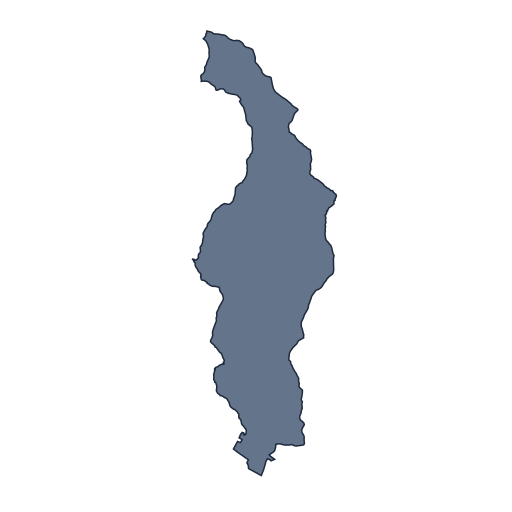 Brancovenesti, Mures, Romania (Albers equal-area conic projection), rotated 277°
{"feature_id": "2599482B13448214050806", "entity_name": "Brancovenesti", "entity_type": "district", "adm_level": 2, "iso_a3": "ROU", "parent_name": "Romania", "parent_adm1": "Mures", "projection": "albers", "projection_center": [24.873, 46.864], "detail": "fine", "context": "isolated", "style": "filled", "palette": "slate", "viewbox_px": 512, "rotation_deg": 277, "n_neighbors": 0, "source": "geoboundaries", "source_scale": "gbopen_adm2", "svg_char_len": 6094}
<svg xmlns="http://www.w3.org/2000/svg" viewBox="0 0 512 512"><g transform="rotate(277 256 256)"><path d="M244.4,331.0L247.6,334.3L249.2,334.7L251.7,334.8L262.5,333.2L264.0,333.2L265.7,333.5L268.1,332.0L273.5,330.1L275.8,328.8L277.0,327.2L278.8,325.6L279.8,324.2L281.0,323.3L282.4,322.8L286.6,321.7L289.4,321.8L291.4,321.3L293.7,321.5L295.5,320.7L297.6,321.3L300.1,320.6L302.1,320.8L303.1,320.2L304.0,320.1L304.7,319.5L306.2,320.6L307.1,320.8L309.0,320.7L309.3,321.5L309.5,321.5L309.5,321.1L309.9,321.1L311.2,322.0L312.6,322.4L315.0,325.2L315.7,325.5L316.8,326.9L320.3,326.8L320.6,326.9L320.6,327.5L320.8,327.7L322.4,327.6L324.6,328.4L326.1,328.3L326.9,327.8L327.4,326.8L328.8,325.1L330.0,324.3L330.3,323.5L329.9,322.5L331.7,320.0L331.9,319.4L332.0,318.5L332.9,317.4L333.8,315.3L335.2,314.3L336.0,313.3L339.1,308.1L339.8,306.1L340.2,304.2L341.0,303.8L341.6,303.1L342.9,300.8L343.9,299.7L344.8,299.3L345.5,299.2L348.7,299.7L354.5,298.7L356.5,299.3L358.8,299.4L363.4,298.0L364.2,297.6L366.7,297.5L367.9,297.0L368.1,296.7L368.9,294.4L369.6,293.1L370.1,292.7L371.6,289.7L372.9,288.5L374.6,285.1L376.7,282.4L378.7,280.7L380.2,279.8L380.8,278.7L381.2,277.4L381.7,276.3L382.8,275.1L383.0,273.9L386.7,273.0L388.1,272.4L390.8,272.5L391.7,272.8L393.6,274.5L395.0,275.3L401.5,276.7L403.3,277.7L405.5,279.6L406.3,279.8L406.8,279.5L407.7,278.0L408.8,275.3L410.4,272.9L411.3,272.2L415.0,266.6L417.1,262.0L421.2,255.2L423.4,253.4L425.2,252.5L428.2,251.3L434.8,249.2L435.3,248.6L435.9,243.6L437.8,240.7L438.9,239.6L440.5,239.2L442.1,238.1L446.0,234.4L447.9,232.1L448.8,231.4L452.5,231.2L454.3,230.5L460.2,227.7L460.7,227.0L461.8,223.8L461.9,221.8L462.2,220.6L462.9,219.0L463.9,218.0L464.9,217.5L466.5,215.6L467.7,212.9L467.6,210.0L467.1,208.5L467.0,207.3L468.2,202.8L470.6,199.7L471.1,198.6L471.4,197.3L471.4,194.8L471.7,192.1L471.4,187.6L471.6,186.5L472.4,185.3L472.9,183.7L473.3,179.8L471.6,179.8L471.2,179.8L470.9,179.4L468.1,179.2L465.2,177.2L464.2,178.9L463.0,180.4L460.0,182.4L455.3,184.4L452.1,184.6L448.4,185.3L447.0,185.1L442.3,183.7L440.1,183.5L437.1,182.1L434.8,182.5L432.6,182.4L430.8,181.5L429.2,179.8L428.2,179.3L426.5,179.5L424.1,180.3L422.6,180.4L423.2,182.3L423.4,185.8L423.3,187.1L422.5,188.8L421.4,190.1L419.3,194.2L418.3,195.1L416.0,196.0L415.8,196.4L415.8,197.4L417.1,199.5L417.6,200.6L417.8,201.8L417.7,203.2L417.1,204.4L415.2,205.8L414.8,206.4L414.1,209.0L413.8,212.1L413.6,216.7L413.3,217.7L410.8,220.9L409.1,222.0L407.7,220.8L407.4,220.8L404.5,223.1L402.4,225.3L400.8,226.1L395.3,228.4L389.2,229.9L386.5,231.8L386.1,231.9L385.4,232.8L383.9,235.4L383.2,236.2L379.3,237.2L373.8,237.7L371.9,237.4L370.0,238.0L361.1,239.7L357.8,239.3L355.8,237.9L354.1,237.8L351.0,235.6L350.2,235.2L347.2,235.4L344.2,236.5L342.1,236.4L340.1,236.9L334.9,236.7L331.1,235.4L329.0,234.0L327.2,233.3L326.4,231.7L325.4,230.4L323.7,229.2L323.4,228.6L321.2,227.4L314.5,227.7L310.3,226.8L307.7,226.5L304.8,224.2L304.2,223.2L303.9,222.1L304.2,218.7L304.1,218.2L302.6,215.9L301.8,215.0L299.8,213.4L297.1,210.4L295.4,209.7L294.0,208.5L290.9,207.4L286.7,206.9L284.6,205.9L282.7,204.4L280.9,203.9L279.2,204.0L276.4,202.3L272.5,200.8L270.8,200.9L269.9,201.4L268.7,201.5L264.7,201.2L262.9,201.3L260.2,200.7L258.6,199.7L257.6,199.5L253.6,200.4L252.6,200.1L250.8,198.8L248.5,198.7L247.9,198.9L247.4,199.3L244.4,196.8L244.4,196.5L245.2,194.7L245.2,193.5L244.9,193.4L243.9,194.8L242.8,195.0L241.8,196.3L239.3,196.8L237.8,197.6L236.0,199.2L233.8,200.6L231.3,203.6L230.2,203.5L229.5,203.8L228.9,203.5L225.9,204.6L225.5,205.4L225.4,208.1L224.8,208.4L223.8,210.8L222.9,210.8L222.2,212.7L221.6,213.3L220.9,215.3L220.6,217.1L220.9,219.1L220.6,221.6L220.5,223.1L220.1,223.5L218.6,223.8L216.5,224.7L214.1,227.0L212.2,228.1L210.2,228.7L208.2,228.7L200.6,225.5L198.9,225.2L195.0,223.8L191.6,224.5L189.7,224.0L186.9,224.6L178.7,222.6L175.2,222.1L171.6,222.7L169.0,222.1L166.9,221.3L165.9,221.2L164.8,221.8L161.9,226.0L160.7,226.4L160.4,227.7L156.2,231.5L155.7,232.3L155.6,232.9L153.4,234.5L152.1,235.0L148.4,237.3L147.2,237.1L146.6,236.6L145.9,236.8L145.3,237.5L144.7,237.0L144.8,235.8L144.4,235.6L144.2,234.8L143.7,234.4L143.2,233.2L142.6,232.5L141.5,231.7L140.5,229.6L139.2,228.7L138.5,228.7L138.8,229.3L133.1,228.4L131.2,228.9L128.6,229.0L127.7,229.4L126.9,230.3L125.7,230.3L125.2,231.6L122.9,232.6L121.1,233.1L118.0,233.0L116.8,233.4L115.0,234.8L113.9,236.8L113.1,237.4L113.1,238.6L112.8,239.9L111.7,241.9L111.2,243.6L110.2,245.0L107.3,247.1L104.0,248.5L103.2,249.2L101.5,251.8L101.0,253.7L99.2,256.2L97.6,257.4L96.9,258.2L93.6,258.6L92.6,259.3L92.2,260.2L91.6,260.7L89.9,261.6L89.2,261.6L87.3,262.4L86.2,263.4L85.5,264.5L82.0,267.6L78.5,267.7L78.0,267.6L77.2,266.9L76.9,266.2L77.6,266.2L77.5,265.7L77.8,265.2L78.7,265.6L78.9,265.4L79.2,263.7L77.1,262.4L73.4,261.4L72.5,263.7L71.9,264.6L68.9,263.2L69.7,260.3L61.7,257.1L58.7,262.2L52.8,273.3L50.3,272.3L49.3,272.3L48.7,273.1L48.0,273.2L47.0,274.0L44.7,274.3L44.0,274.7L38.7,288.0L44.8,289.6L51.5,290.7L52.7,290.7L56.0,291.9L55.7,293.9L55.0,295.4L54.5,295.9L56.5,299.3L58.9,295.0L60.2,293.3L64.0,297.6L64.9,298.2L67.0,298.6L70.1,298.8L71.4,298.5L72.4,301.5L72.4,304.2L72.0,305.4L71.9,308.5L72.3,310.4L72.4,312.1L73.2,314.2L72.3,317.7L72.3,319.2L74.2,326.0L74.4,326.4L75.9,326.9L79.4,326.1L81.6,326.0L83.8,325.3L86.4,323.2L88.3,322.6L90.2,322.8L94.4,324.5L96.0,323.9L97.0,322.8L98.9,319.8L100.9,319.0L102.7,319.0L105.3,319.8L108.8,320.0L110.5,320.5L114.6,319.5L117.0,319.8L118.6,318.5L119.3,318.3L121.2,318.6L126.6,318.7L128.6,318.4L129.1,317.5L131.5,314.5L134.8,314.5L136.6,313.6L139.9,313.2L142.3,311.4L144.4,310.2L146.2,308.5L150.4,305.6L151.5,305.2L152.1,304.5L153.4,303.7L155.6,303.1L156.6,301.5L158.2,301.1L162.8,301.0L165.2,301.5L167.6,302.7L170.0,304.1L173.6,307.0L177.1,308.5L180.6,313.3L182.0,313.0L183.9,313.0L184.9,312.4L188.4,311.1L191.5,309.6L193.9,309.1L196.0,309.1L200.6,310.6L203.6,311.2L208.8,313.5L210.8,314.1L214.2,314.2L215.8,314.9L216.5,314.8L220.7,315.9L221.5,315.8L223.8,316.6L229.4,319.8L230.3,321.8L231.8,323.7L232.6,324.4L233.9,325.3L238.0,327.1L239.7,328.4L242.7,329.6L243.1,330.2L244.4,331.0Z" fill="#64748b" stroke="#1e293b" stroke-width="1.5"/></g></svg>